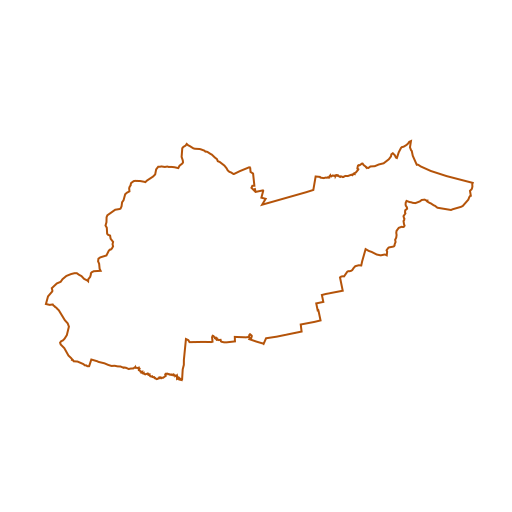 outline of Faget, Timis, Romania, rotated 289°
{"feature_id": "2599482B21720752301587", "entity_name": "Faget", "entity_type": "district", "adm_level": 2, "iso_a3": "ROU", "parent_name": "Romania", "parent_adm1": "Timis", "projection": "albers", "projection_center": [22.161, 45.853], "detail": "fine", "context": "isolated", "style": "outline", "palette": "amber", "viewbox_px": 512, "rotation_deg": 289, "n_neighbors": 0, "source": "geoboundaries", "source_scale": "gbopen_adm2", "svg_char_len": 6128}
<svg xmlns="http://www.w3.org/2000/svg" viewBox="0 0 512 512"><g transform="rotate(289 256 256)"><path d="M395.7,437.1L393.6,410.2L393.3,393.6L394.3,382.6L395.0,379.9L395.0,379.0L394.6,378.3L401.8,371.6L406.0,369.1L406.5,368.2L408.9,366.2L415.1,365.1L413.8,363.7L411.9,363.2L409.9,362.1L407.4,360.0L406.4,358.4L405.3,357.9L400.5,357.2L394.5,357.3L394.6,356.3L396.5,354.4L397.7,351.9L396.2,350.9L394.1,351.2L390.7,350.1L385.2,346.5L382.5,342.3L379.6,339.1L377.9,335.0L375.8,333.6L375.7,332.3L375.3,332.1L375.7,331.2L376.1,331.0L377.0,328.2L378.1,326.7L378.0,326.2L375.4,324.3L375.3,323.4L374.6,323.0L371.9,323.3L371.5,324.2L371.2,323.9L370.6,324.4L367.4,323.2L366.1,321.9L365.5,322.4L365.3,321.5L364.2,321.0L364.5,320.7L363.8,320.1L363.9,319.7L361.5,316.8L360.8,314.5L359.9,313.4L359.2,313.1L358.8,312.1L359.1,311.2L358.8,310.3L358.4,310.1L358.6,309.6L358.2,309.4L358.6,307.4L359.0,307.2L358.9,306.4L358.4,306.4L358.5,305.7L358.1,305.6L358.1,305.2L357.4,305.1L358.0,304.8L357.2,303.9L357.4,303.4L357.0,302.8L357.0,302.1L355.9,301.4L356.2,300.6L355.6,300.5L355.6,300.2L356.2,299.9L354.5,299.3L353.9,299.6L353.6,298.9L353.7,298.1L353.1,297.6L352.8,296.3L351.7,294.7L351.1,291.4L351.6,290.7L350.6,286.5L337.1,288.7L332.6,282.6L306.5,245.1L313.2,246.5L312.9,242.1L320.0,241.6L320.3,241.2L316.5,234.8L318.9,233.2L318.3,232.6L317.7,233.3L317.2,233.2L319.0,229.5L321.2,229.7L321.9,231.6L333.0,226.4L333.7,223.5L337.7,221.7L337.9,222.2L337.6,220.6L336.8,219.7L331.0,213.1L326.3,208.4L326.2,208.0L326.9,205.1L326.9,203.5L327.2,202.7L327.8,201.3L329.3,199.7L331.2,196.7L333.1,191.1L333.2,189.0L334.9,187.5L335.7,185.1L337.5,181.2L337.7,179.7L338.6,176.2L338.5,174.9L338.2,174.2L338.8,172.9L338.9,169.1L338.8,167.9L337.5,163.2L337.4,161.7L338.4,157.5L338.6,155.7L339.4,154.0L337.5,153.5L335.5,151.8L333.9,151.2L325.5,153.4L322.6,155.6L320.8,156.5L319.6,156.3L316.5,154.3L313.8,153.9L313.4,150.1L312.7,147.0L311.8,144.6L311.7,143.0L310.5,140.8L309.9,137.4L309.1,136.1L308.6,134.5L305.4,133.4L300.3,134.1L297.6,132.8L291.9,128.4L289.8,127.3L289.8,126.3L289.2,122.2L287.7,117.3L287.0,116.0L284.4,114.2L282.9,114.2L282.0,114.5L280.5,114.0L278.8,114.0L275.9,115.3L273.9,113.4L271.8,112.2L265.6,112.6L263.2,111.9L259.2,112.7L256.8,112.5L256.1,111.9L253.9,107.8L246.1,102.2L244.0,102.1L239.3,103.6L235.8,103.8L234.2,105.7L228.6,108.0L227.9,109.1L227.8,111.4L225.0,112.9L222.8,116.3L220.5,116.5L218.6,117.7L216.1,117.3L214.7,116.5L214.5,115.8L213.1,115.1L207.8,114.4L204.0,109.2L202.2,107.9L199.6,108.4L197.6,110.2L193.0,112.3L191.4,113.9L188.8,107.6L187.2,106.0L185.9,105.5L184.6,105.9L182.3,106.0L179.4,105.0L177.5,105.5L177.9,104.6L178.4,100.9L180.2,97.5L180.6,94.8L181.4,92.2L180.6,89.9L178.7,87.0L175.4,83.2L171.1,80.6L168.0,79.7L165.2,76.6L159.1,73.4L156.9,74.8L156.2,74.9L150.1,72.5L142.2,73.0L142.6,76.8L144.0,79.6L143.3,80.5L142.8,82.2L142.4,82.6L142.1,84.1L141.5,85.0L140.5,87.2L133.1,96.1L131.0,99.9L128.3,102.1L119.6,102.9L115.4,101.9L113.3,100.9L111.8,99.4L110.2,99.0L108.7,100.2L106.5,104.7L100.8,111.1L99.3,114.4L98.5,115.7L97.9,115.8L98.1,116.6L97.1,117.9L98.1,121.6L97.6,128.0L96.9,129.7L97.3,131.2L96.9,132.2L97.0,132.9L97.5,134.1L104.5,134.0L104.8,140.1L104.6,141.5L105.2,147.7L104.9,151.7L105.0,155.2L106.2,158.1L106.6,161.2L107.4,163.8L107.2,167.3L107.7,167.5L107.8,169.0L108.0,169.2L107.7,172.5L108.6,173.8L109.8,176.7L111.1,177.5L111.1,178.3L111.6,178.3L111.2,178.7L111.4,179.7L111.7,180.8L112.3,181.5L111.9,181.7L111.7,182.4L110.8,182.0L109.9,182.4L110.0,183.3L109.0,184.5L109.6,185.9L108.4,185.8L108.5,186.5L108.2,187.3L109.0,187.9L108.2,188.4L108.0,189.8L108.8,190.6L109.1,191.6L109.7,192.0L109.4,192.6L108.8,192.9L109.3,193.7L108.6,193.8L108.6,194.6L107.9,195.1L107.9,196.3L108.5,196.9L107.9,197.7L108.3,199.1L107.8,199.5L107.9,200.1L107.5,200.3L107.6,201.0L107.2,202.0L107.8,203.1L108.4,203.3L108.8,203.9L109.7,204.0L110.1,204.8L110.1,205.2L109.7,205.4L110.1,205.7L109.8,206.5L110.3,206.8L110.6,207.8L113.3,209.7L114.5,208.7L115.3,209.0L115.4,209.8L115.9,210.2L115.9,211.1L115.6,211.5L116.0,212.1L116.0,212.9L115.7,213.5L116.4,214.3L116.1,215.1L116.7,215.8L116.4,216.3L117.1,216.7L116.5,217.3L116.8,217.6L116.7,218.7L116.3,218.8L116.9,219.4L116.3,220.1L117.1,220.3L116.3,220.8L116.0,221.6L115.5,220.8L114.0,221.4L114.9,222.5L114.2,223.4L114.3,224.4L115.3,224.0L115.0,224.7L115.1,225.4L114.5,225.7L114.5,226.1L115.5,225.9L115.6,226.2L125.0,223.6L129.6,223.2L134.4,221.6L154.7,216.8L154.4,219.4L152.9,221.2L157.6,234.1L160.1,241.8L160.8,242.8L164.9,240.9L166.5,241.0L166.5,241.8L166.0,242.3L165.6,243.9L165.1,244.0L165.6,244.8L165.0,245.1L165.4,245.5L165.4,245.8L164.3,245.7L163.9,246.2L164.6,247.5L164.3,247.9L165.2,249.8L163.9,250.6L163.7,251.4L164.0,254.0L164.7,256.1L168.4,263.9L172.6,262.3L175.8,272.9L176.8,275.0L178.1,275.6L179.2,275.4L180.1,275.8L179.4,277.6L179.0,278.1L176.8,278.2L176.3,277.7L176.5,276.9L175.2,276.7L175.2,284.3L175.5,290.8L175.7,291.0L175.4,291.8L181.5,292.3L186.5,301.9L199.4,323.7L205.8,320.6L212.7,332.7L216.1,338.0L223.6,333.5L225.1,332.5L224.7,332.0L230.8,328.4L234.5,334.6L240.6,331.0L242.9,334.5L251.4,349.3L263.1,342.4L264.1,343.1L264.9,344.2L265.4,345.9L270.8,347.4L271.7,348.2L272.0,349.3L272.9,350.7L274.0,351.6L276.4,352.2L278.7,353.2L280.7,356.2L281.3,358.6L285.5,358.1L298.2,357.4L297.5,361.0L297.5,364.0L296.7,369.6L297.2,373.7L299.2,377.0L299.4,377.8L299.2,379.4L302.8,378.6L303.9,377.6L306.4,378.3L307.4,378.9L309.5,382.6L310.1,383.3L311.1,383.6L311.9,383.3L314.7,383.4L316.6,382.3L319.0,382.6L321.6,382.1L323.5,381.1L325.5,380.7L329.1,381.8L331.1,384.3L331.2,385.5L331.6,386.2L333.0,386.6L334.4,385.5L337.1,384.1L338.2,384.4L339.7,384.1L340.0,383.6L341.7,382.5L344.9,383.4L345.8,382.7L347.8,382.2L349.9,383.5L351.2,382.8L352.3,381.3L353.3,380.7L355.1,380.2L357.1,380.4L357.0,383.7L357.3,385.2L357.3,387.0L357.9,389.5L361.0,393.2L362.9,394.4L364.2,397.1L363.9,398.9L364.2,400.0L363.3,400.1L362.7,402.9L362.7,404.0L361.8,407.5L361.7,409.0L360.7,411.8L363.0,425.4L364.2,426.7L369.2,433.8L370.6,435.2L378.4,438.4L381.1,438.5L382.5,438.9L382.9,439.5L387.3,437.1L389.2,438.1L390.4,438.2L392.1,438.0L394.3,437.1L395.7,437.1Z" fill="none" stroke="#b45309" stroke-width="2"/></g></svg>